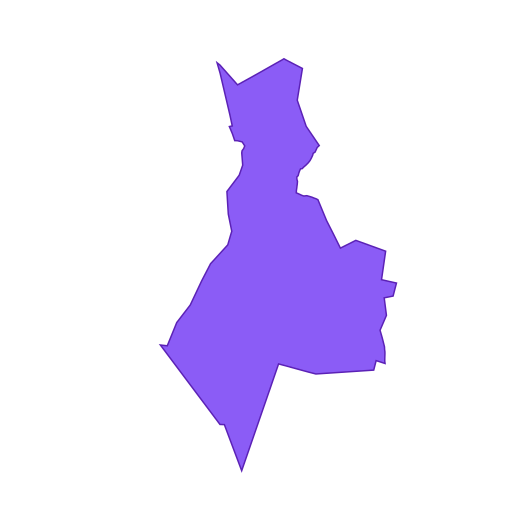 the district of Simplício Mendes, Piauí, Brazil, rotated 248°
{"feature_id": "56859067B86128304510320", "entity_name": "Simplício Mendes", "entity_type": "district", "adm_level": 2, "iso_a3": "BRA", "parent_name": "Brazil", "parent_adm1": "Piauí", "projection": "mercator", "projection_center": [-41.953, -7.778], "detail": "fine", "context": "isolated", "style": "filled", "palette": "violet", "viewbox_px": 512, "rotation_deg": 248, "n_neighbors": 0, "source": "geoboundaries", "source_scale": "gbopen_adm2", "svg_char_len": 1501}
<svg xmlns="http://www.w3.org/2000/svg" viewBox="0 0 512 512"><g transform="rotate(248 256 256)"><path d="M412.5,369.3L425.9,357.8L428.4,355.8L428.1,353.9L427.1,346.2L426.7,343.2L424.3,325.0L421.6,303.0L444.6,294.8L446.6,294.1L449.7,292.3L439.0,291.2L396.9,284.7L385.5,282.7L386.0,279.8L378.1,279.9L370.9,279.5L369.9,281.9L367.0,285.9L362.3,286.8L360.2,284.8L358.8,282.5L356.9,281.4L345.2,277.7L337.2,270.7L335.8,268.4L326.7,253.2L316.0,249.6L305.2,246.0L288.0,242.8L285.3,240.6L276.9,234.0L267.1,213.6L265.9,211.0L253.2,196.2L235.2,176.7L224.0,157.6L213.9,147.8L206.0,140.1L209.3,134.0L113.3,159.5L111.5,163.5L62.3,162.3L71.7,170.5L125.3,217.2L127.1,218.8L130.0,221.3L146.0,235.2L147.5,236.5L129.0,260.8L124.2,267.3L106.1,322.4L114.0,328.2L108.0,335.4L110.3,336.0L112.7,337.0L115.2,338.1L117.0,338.9L118.8,339.6L121.4,340.3L123.6,341.1L129.3,341.9L133.0,342.4L140.7,343.2L152.1,354.7L169.2,359.2L167.5,368.1L178.3,376.1L187.0,363.5L211.9,378.0L233.1,354.4L231.7,337.2L247.5,336.0L262.3,334.7L285.0,334.5L286.6,333.1L288.1,331.4L289.5,330.0L291.2,327.9L292.9,325.7L293.7,322.8L295.0,321.3L296.5,319.9L297.8,318.7L299.5,317.0L301.6,318.0L304.0,319.4L305.5,320.2L307.2,321.2L309.6,322.4L312.0,322.7L314.0,323.5L314.7,325.2L316.8,326.7L318.7,328.4L320.1,329.9L319.7,331.6L320.5,333.3L321.6,336.5L322.9,339.5L324.3,341.9L326.1,344.1L328.2,346.3L329.8,347.5L330.2,349.7L331.9,351.5L333.7,353.4L334.7,356.0L357.4,351.1L385.0,352.6L412.5,369.3Z" fill="#8b5cf6" stroke="#5b21b6" stroke-width="1.5"/></g></svg>